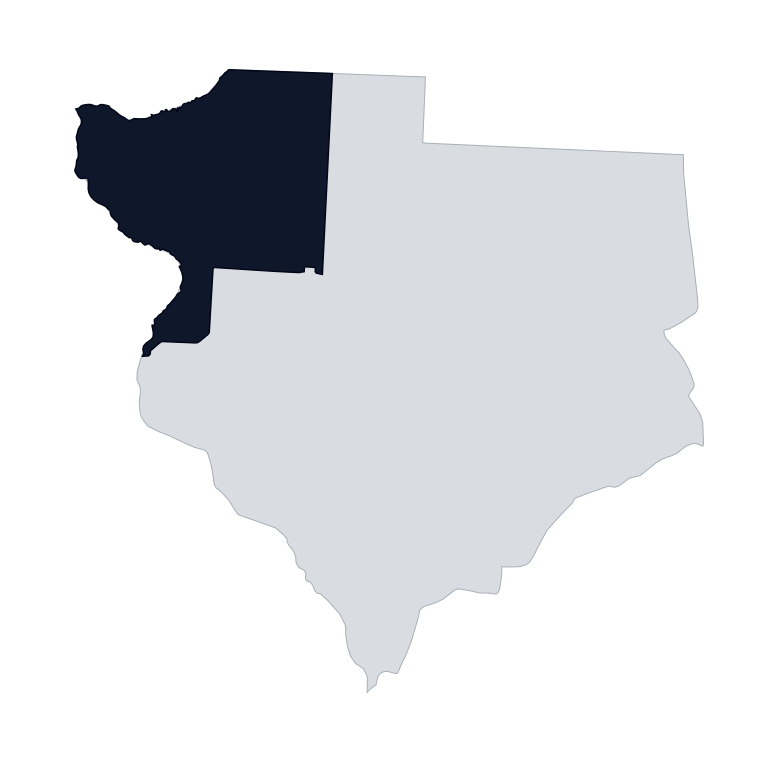 where Kgalagadi sits in Botswana, rotated 93°
{"feature_id": "BWA-2625", "entity_name": "Kgalagadi", "entity_type": "District", "adm_level": 1, "iso_a3": "BWA", "parent_name": "Botswana", "parent_adm1": "", "projection": "orthographic", "projection_center": [21.995, -25.1], "detail": "fine", "context": "in_parent", "style": "filled", "palette": "ink", "viewbox_px": 768, "rotation_deg": 93, "n_neighbors": 0, "source": "natural_earth", "source_scale": "10m", "svg_char_len": 6643}
<svg xmlns="http://www.w3.org/2000/svg" viewBox="0 0 768 768"><g transform="rotate(93 384 384)"><path d="M429.5,62.3L428.1,65.8L427.0,70.8L428.1,74.7L430.7,79.8L434.6,84.4L437.5,87.1L440.9,93.8L444.3,102.1L448.8,108.6L462.2,123.6L463.6,128.9L465.4,134.2L473.7,144.4L475.0,147.8L474.3,154.6L482.6,175.2L488.1,187.3L492.9,189.7L508.2,202.9L521.5,213.6L537.2,221.0L548.7,226.0L554.4,229.5L557.2,232.8L559.3,239.0L560.2,249.7L560.3,256.6L572.8,256.8L583.2,257.9L586.7,259.4L588.0,261.4L587.5,265.9L587.4,272.7L587.7,278.1L586.5,283.9L585.5,290.7L584.7,299.2L586.1,302.6L595.7,313.7L599.6,320.8L603.7,331.4L606.1,334.9L608.1,336.4L617.1,337.9L639.9,343.4L653.9,348.1L665.0,352.8L669.6,354.2L671.9,355.4L672.6,356.4L670.8,365.5L671.1,368.5L672.3,371.2L674.1,373.3L676.3,374.7L684.8,376.2L689.6,382.0L692.8,384.7L677.3,385.3L669.5,389.5L664.7,397.6L657.5,403.3L647.9,406.7L637.8,408.9L627.2,409.8L615.7,416.4L603.3,428.7L596.9,436.5L596.5,439.8L593.8,442.5L588.6,444.7L585.6,447.5L584.8,450.9L582.0,452.4L577.3,452.0L573.9,454.4L571.8,459.4L567.4,462.4L560.9,463.2L555.2,465.9L550.4,470.3L546.7,472.6L544.1,472.6L540.0,476.2L533.3,485.0L532.1,489.1L522.1,522.8L517.2,526.6L507.7,533.3L499.9,541.4L496.6,546.2L493.0,548.3L475.7,551.9L469.2,553.9L461.4,556.9L459.4,559.7L457.2,570.1L451.4,585.0L446.8,596.0L443.7,605.5L438.6,617.4L434.3,621.3L429.4,624.8L423.1,626.5L414.6,627.5L406.9,626.9L400.9,627.0L392.5,631.0L384.7,631.1L372.5,628.5L362.5,625.9L358.1,625.3L349.4,617.4L343.7,617.4L335.1,616.7L330.2,614.8L325.8,610.7L316.1,602.7L306.6,596.2L298.1,592.4L290.2,590.5L282.6,592.0L276.7,593.7L274.5,594.5L269.9,597.7L265.2,603.9L261.3,613.7L259.8,619.7L255.4,632.3L249.6,647.5L246.9,651.9L243.7,655.1L238.8,658.0L222.6,670.0L214.5,683.6L209.4,687.6L203.3,689.4L198.1,690.6L195.2,692.9L192.1,699.8L189.3,702.2L186.2,703.2L177.0,702.4L174.1,701.7L149.7,703.2L142.2,701.0L137.0,700.2L128.7,703.1L125.2,701.3L122.3,695.6L120.9,684.1L121.2,674.4L125.6,666.9L129.4,661.5L133.0,654.4L133.5,651.3L132.7,648.4L131.9,642.6L131.4,636.7L126.0,623.7L119.3,606.6L110.4,587.5L107.6,582.2L102.0,573.9L81.3,558.4L78.2,556.2L78.2,554.5L77.9,539.1L77.6,518.7L77.3,498.3L77.0,477.9L76.7,457.5L76.4,437.1L76.1,416.7L75.8,396.4L75.5,376.0L75.2,358.7L90.3,358.5L108.9,358.3L131.0,358.1L140.8,358.0L141.3,355.3L141.2,342.6L141.0,313.7L140.8,284.7L140.6,255.7L140.3,226.8L140.1,197.9L139.9,169.0L139.7,140.1L139.5,111.2L139.4,97.0L156.8,96.0L176.9,93.0L209.5,88.2L239.8,82.4L259.6,79.1L283.2,75.2L291.3,74.5L293.4,75.1L296.6,76.6L307.4,91.1L314.1,102.1L315.4,106.8L316.7,107.3L319.9,106.6L323.5,104.9L334.7,94.1L337.0,91.3L344.1,86.1L352.8,80.8L360.6,77.1L368.4,74.1L372.0,74.9L376.2,77.7L379.9,79.5L397.8,66.6L405.8,63.7L426.6,61.8L429.5,62.3Z" fill="#d9dde1" stroke="#a8b0b8" stroke-width="1"/><path d="M118.5,602.4L118.3,601.0L117.9,600.4L116.0,599.6L115.0,598.9L114.5,598.1L114.1,595.9L113.8,595.3L113.1,594.4L112.9,593.9L112.9,593.4L113.1,593.0L113.4,592.5L113.2,591.9L112.8,591.4L111.6,590.9L111.2,590.4L111.1,590.0L110.9,588.1L109.7,587.6L108.5,586.9L107.9,586.0L108.4,584.8L108.5,583.7L107.8,582.2L106.0,579.4L104.0,575.1L103.3,574.2L94.8,567.4L89.9,564.4L89.2,564.2L87.9,564.1L87.3,564.0L86.5,563.5L84.8,561.6L81.4,558.9L80.2,557.0L79.0,556.2L78.6,555.7L78.2,554.5L78.1,542.3L77.9,530.0L77.7,517.8L77.5,505.6L77.3,493.3L77.3,491.3L77.1,481.1L76.9,468.8L76.7,456.6L76.7,451.8L77.9,451.8L277.8,451.3L276.8,457.4L275.5,458.6L272.5,458.5L271.9,458.7L271.3,459.3L271.1,462.0L271.1,468.8L271.3,469.3L271.7,469.5L272.3,469.6L276.0,469.6L277.2,474.8L277.2,500.2L276.5,558.8L276.6,559.7L276.9,560.5L277.8,560.7L278.8,560.8L340.7,561.2L341.7,561.3L342.7,561.6L343.7,562.4L351.0,570.3L351.8,571.4L352.5,572.6L352.8,574.2L353.2,608.1L355.3,610.9L362.6,618.5L363.5,618.9L366.5,619.1L368.2,620.5L369.0,626.6L366.2,625.5L364.9,625.6L363.6,626.2L361.8,626.6L358.6,626.0L355.9,623.9L351.6,618.5L348.8,616.9L345.4,616.8L338.7,618.5L337.4,618.7L337.3,618.4L337.6,617.8L337.6,617.2L336.9,616.6L336.3,616.2L335.5,616.1L332.2,616.8L331.0,616.1L330.0,614.6L327.2,612.5L324.8,609.2L324.2,608.8L322.9,608.4L322.3,608.0L321.9,607.4L321.3,605.9L320.7,605.3L317.1,604.2L316.3,603.3L315.8,602.6L309.1,597.2L307.5,596.2L305.6,595.3L305.0,594.8L304.1,593.9L303.2,592.3L302.6,591.8L301.7,591.5L300.9,591.6L298.7,592.4L297.6,592.5L296.6,592.2L293.7,591.0L290.2,590.3L287.0,590.5L283.9,591.4L279.0,593.7L278.4,594.2L277.6,594.6L277.2,594.3L277.0,593.6L276.6,593.0L275.0,592.7L273.5,593.5L271.0,596.1L270.6,596.7L270.5,597.3L270.2,597.9L269.5,598.3L268.6,598.7L267.9,599.2L267.3,599.8L266.8,600.6L265.7,603.4L265.0,604.2L263.4,604.9L263.0,605.6L261.7,610.0L261.1,611.1L261.0,611.7L260.9,612.3L261.3,613.0L261.9,613.7L262.2,614.5L261.6,615.2L260.7,615.8L260.6,616.4L260.9,617.0L261.0,617.8L260.8,618.8L260.7,619.5L260.3,620.2L257.4,623.6L256.5,625.1L256.2,626.6L256.2,627.6L256.4,627.8L256.8,628.0L257.3,628.7L257.7,629.7L257.7,630.1L257.0,631.3L256.1,632.4L254.8,633.5L254.1,634.7L254.9,636.0L255.2,636.9L255.2,638.5L255.0,640.2L254.7,641.3L254.1,642.2L253.5,642.7L251.7,643.4L251.0,643.9L251.0,644.6L251.3,645.3L251.2,646.1L248.5,650.2L248.4,650.4L247.8,651.0L246.5,651.9L245.8,652.9L244.7,655.3L243.5,657.2L242.4,657.6L239.5,657.0L237.5,657.3L236.1,658.5L233.9,661.7L230.6,665.0L229.0,665.8L228.0,666.1L225.1,666.6L224.5,667.0L223.9,668.5L221.3,671.1L220.1,673.7L218.0,679.3L215.6,683.0L212.4,686.3L208.6,688.6L204.6,689.6L198.4,689.6L196.4,690.0L194.7,690.6L194.0,691.4L193.9,692.5L194.5,695.7L194.6,697.0L194.3,698.3L193.6,699.6L192.4,700.7L188.8,703.2L187.4,703.8L186.0,703.8L182.3,702.8L176.9,702.6L173.7,701.2L172.3,701.0L169.4,701.1L164.0,702.5L163.1,702.6L161.4,702.4L160.5,702.4L154.9,704.0L153.0,704.1L144.6,702.3L142.0,700.7L139.3,699.6L135.8,700.0L134.1,700.9L131.2,703.0L127.1,705.0L125.8,706.0L125.6,706.2L125.3,705.5L124.6,703.2L124.0,702.5L123.0,701.8L122.6,701.4L122.2,700.9L121.3,699.0L120.7,696.4L120.3,693.8L120.2,691.6L121.6,686.8L121.7,685.1L121.3,684.1L120.3,682.6L119.9,681.8L119.7,680.0L119.9,677.9L120.6,674.1L120.9,673.2L122.8,671.8L123.6,670.6L125.5,667.1L129.1,662.4L130.6,659.8L131.7,657.1L134.4,653.1L134.7,652.0L132.2,647.8L132.0,646.4L132.1,641.3L131.5,635.1L129.7,630.9L129.7,630.6L129.0,629.8L128.6,629.8L128.0,630.1L127.1,630.4L127.1,629.8L127.8,628.4L126.4,623.7L125.8,622.4L125.1,621.9L123.5,621.1L122.9,620.4L122.9,619.6L123.5,618.1L123.4,617.3L122.9,616.9L122.2,616.8L121.5,616.5L121.3,615.8L121.6,615.2L123.0,614.4L123.4,613.7L122.9,611.8L120.0,609.2L120.1,607.2L120.5,606.1L122.4,604.9L121.5,604.2L120.9,604.2L120.4,604.5L119.8,604.8L119.2,604.5L119.1,603.8L119.4,602.9L119.5,602.3L118.5,602.4Z" fill="#0f172a" stroke="#020617" stroke-width="1.5"/></g></svg>